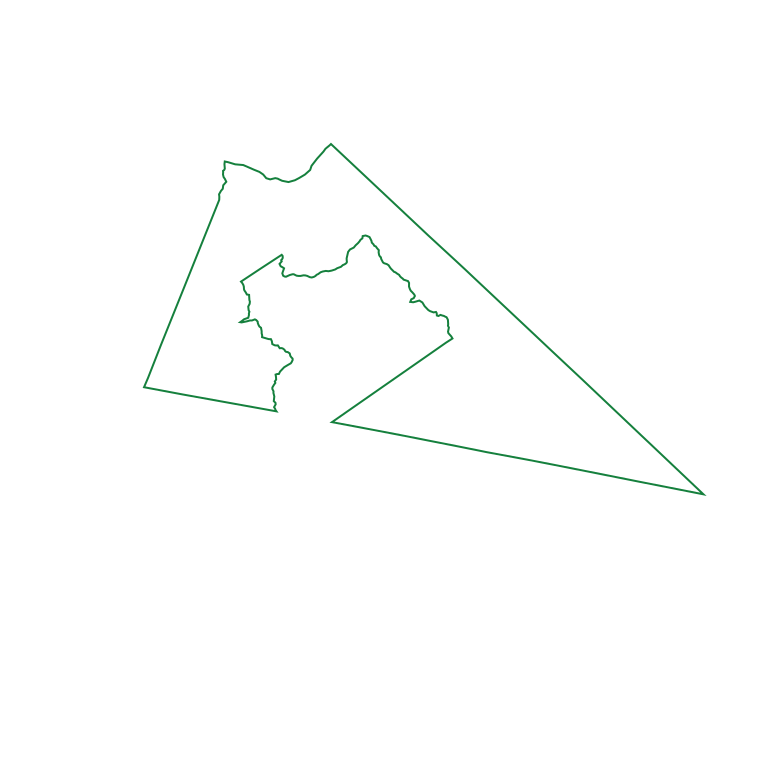 outline of Xinguara, Pará, Brazil, rotated 235°
{"feature_id": "56859067B29477018640245", "entity_name": "Xinguara", "entity_type": "district", "adm_level": 2, "iso_a3": "BRA", "parent_name": "Brazil", "parent_adm1": "Pará", "projection": "natural_earth1", "projection_center": [-49.485, -6.849], "detail": "fine", "context": "isolated", "style": "outline", "palette": "green", "viewbox_px": 768, "rotation_deg": 235, "n_neighbors": 0, "source": "geoboundaries", "source_scale": "gbopen_adm2", "svg_char_len": 3454}
<svg xmlns="http://www.w3.org/2000/svg" viewBox="0 0 768 768"><g transform="rotate(235 384 384)"><path d="M110.4,582.4L184.9,567.2L187.7,566.6L274.8,548.8L277.6,548.2L313.3,540.7L340.8,535.0L417.5,519.0L431.1,516.2L444.1,513.4L481.1,505.3L572.3,486.3L611.0,478.2L610.7,476.4L610.3,471.1L609.1,467.7L607.0,458.5L604.3,449.8L601.7,446.3L600.9,439.3L601.4,432.7L602.0,427.9L604.2,421.6L608.9,417.1L611.5,415.6L613.2,414.7L615.0,413.0L616.9,408.1L620.1,405.6L624.9,405.2L629.2,403.6L633.8,400.6L644.1,394.3L649.3,388.1L655.0,383.6L657.6,381.2L655.6,379.4L651.7,377.1L651.0,375.9L650.9,374.4L649.7,373.7L648.0,372.3L645.5,371.3L643.3,371.3L640.1,370.8L639.0,366.3L636.4,363.9L635.7,361.2L634.0,357.7L631.8,356.5L629.3,354.6L596.6,304.5L576.1,273.1L543.8,223.5L524.4,194.3L519.0,185.6L491.1,212.9L423.3,280.2L424.8,280.2L426.2,280.6L428.1,280.7L429.5,283.6L430.8,284.3L433.2,283.9L436.7,287.0L440.1,288.3L441.4,289.3L444.0,289.7L445.2,290.6L446.5,293.5L447.2,295.6L448.7,296.0L449.5,298.2L451.6,299.5L453.9,300.6L453.5,302.1L452.5,303.6L453.8,306.0L455.0,311.8L454.7,316.3L454.4,319.5L454.9,320.9L456.1,323.0L457.3,323.7L459.0,323.4L460.8,323.4L463.1,324.3L465.3,323.5L466.6,322.2L467.8,321.9L469.2,322.1L471.3,321.4L472.3,320.5L473.1,319.1L476.5,319.2L477.5,317.6L478.5,316.6L480.8,315.4L483.4,316.7L485.6,317.1L487.0,315.2L492.3,311.0L493.9,312.2L495.6,312.8L497.5,314.1L500.6,315.5L502.5,314.9L503.8,315.0L506.1,315.5L507.6,316.3L509.7,316.0L511.0,315.3L511.8,312.2L512.9,310.7L513.9,307.8L516.1,302.7L517.1,301.7L517.1,304.1L517.3,306.5L516.1,310.8L518.0,313.0L519.3,313.8L520.4,315.2L522.0,315.4L525.3,317.2L526.7,319.9L528.4,321.4L530.0,321.9L531.3,322.7L534.4,324.6L536.0,323.0L538.3,323.3L540.7,323.3L542.0,323.7L544.1,325.0L545.9,325.6L548.0,325.8L549.9,325.6L549.3,349.2L548.5,374.3L547.0,374.4L545.4,373.4L544.7,372.2L544.4,370.8L543.1,370.5L542.3,367.3L539.7,366.9L537.9,367.8L536.1,368.5L533.9,365.4L533.0,364.2L530.6,363.5L529.1,364.2L528.1,365.2L527.3,369.4L526.4,371.9L525.7,373.0L522.9,374.5L521.7,375.8L520.4,377.6L519.2,380.4L518.1,381.8L516.6,383.1L514.1,384.5L512.7,385.9L512.0,387.9L511.8,389.8L512.1,391.4L511.8,393.2L511.9,396.1L511.3,398.3L510.0,401.2L508.2,403.2L506.9,406.2L505.8,409.8L505.7,412.1L504.7,415.9L505.0,418.5L504.6,420.5L504.6,422.4L505.2,423.6L506.7,424.4L508.4,425.5L512.8,430.4L513.7,433.3L513.1,437.5L513.9,440.4L514.3,443.5L514.9,445.8L515.6,447.4L515.7,449.8L517.4,451.4L516.2,454.1L514.7,455.2L512.7,456.4L510.2,456.1L508.4,455.8L506.8,455.1L504.3,455.5L502.8,455.3L501.4,456.2L499.1,456.2L496.6,456.5L494.9,455.1L492.5,454.0L490.8,453.8L489.6,454.1L487.9,453.4L484.2,452.9L482.8,453.4L480.6,455.1L478.6,455.9L476.8,455.8L474.7,455.8L470.0,456.6L469.0,457.4L466.8,458.1L464.7,459.0L463.0,458.9L461.3,459.2L459.6,459.8L458.3,459.9L454.5,462.7L452.4,462.5L449.5,460.4L447.1,459.7L445.1,459.4L442.8,459.8L439.9,460.1L438.4,459.8L437.3,457.6L437.7,454.9L436.2,452.6L434.2,454.8L433.4,456.9L432.1,460.8L428.8,462.2L424.4,461.9L419.2,462.7L417.3,463.5L414.2,465.7L413.2,467.9L411.8,467.8L409.8,466.6L408.5,467.6L408.2,469.9L406.7,471.0L405.4,472.1L404.0,472.8L402.9,473.5L401.4,473.4L399.8,473.1L396.2,470.9L395.0,469.8L393.0,469.5L391.4,467.8L390.2,466.5L388.7,465.9L384.4,466.4L382.0,466.2L382.3,458.3L382.3,448.5L382.3,444.9L382.6,319.5L358.4,343.2L332.9,368.0L290.8,408.5L275.0,423.6L269.4,428.9L239.5,458.3L221.0,476.2L164.5,530.4L158.1,536.5L110.4,582.4Z" fill="none" stroke="#15803d" stroke-width="2"/></g></svg>